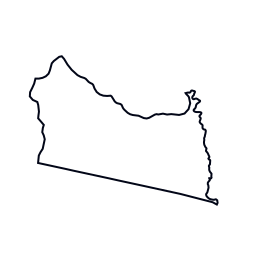 SVG path tracing the border of Kolda, rotated 12°
{"feature_id": "SEN-774", "entity_name": "Kolda", "entity_type": "Region", "adm_level": 1, "iso_a3": "SEN", "parent_name": "Senegal", "parent_adm1": "", "projection": "natural_earth1", "projection_center": [-14.005, 13.12], "detail": "fine", "context": "isolated", "style": "outline", "palette": "ink", "viewbox_px": 256, "rotation_deg": 12, "n_neighbors": 0, "source": "natural_earth", "source_scale": "10m", "svg_char_len": 3119}
<svg xmlns="http://www.w3.org/2000/svg" viewBox="0 0 256 256"><g transform="rotate(12 128 128)"><path d="M230.8,184.4L226.2,183.0L193.0,181.6L156.6,181.4L129.8,181.3L120.1,181.2L83.7,181.1L75.4,181.0L47.3,180.9L46.5,173.5L47.4,170.0L48.9,166.1L48.9,160.5L48.9,156.3L47.1,152.7L45.0,149.9L44.7,145.7L45.0,142.5L41.4,139.7L38.1,137.2L37.8,134.4L37.5,130.5L35.4,124.2L33.9,121.4L29.0,120.3L25.4,117.5L24.8,113.3L26.0,108.7L27.0,104.1L27.2,98.9L30.6,98.2L34.0,96.7L36.9,94.5L39.0,91.4L39.6,88.0L40.0,80.6L41.5,77.9L43.8,75.2L45.9,72.7L48.3,71.6L51.1,73.7L55.7,78.6L60.8,82.8L67.6,86.8L71.0,87.8L75.0,88.2L76.5,88.7L79.9,91.1L81.8,91.8L83.9,92.3L85.0,93.1L87.1,96.4L89.9,99.3L93.4,101.0L97.1,101.5L100.9,101.0L104.3,100.0L105.4,100.5L108.4,103.6L109.3,104.6L110.7,105.5L112.2,106.0L115.4,106.1L116.8,106.6L117.9,108.0L118.7,109.2L119.7,110.2L120.8,111.0L124.5,113.2L127.2,114.1L130.0,114.3L135.8,113.8L141.4,115.0L144.3,114.8L146.6,113.6L151.5,109.3L153.1,108.5L154.8,108.5L159.2,106.7L163.4,106.7L167.5,105.4L175.3,104.6L180.3,102.1L183.3,97.0L183.7,90.9L181.2,85.2L180.2,84.2L177.8,82.6L177.1,81.9L178.5,81.2L179.4,80.8L180.5,80.7L181.1,80.5L181.5,80.1L181.7,79.6L181.9,78.9L182.1,78.4L182.5,78.1L183.1,78.0L184.1,78.1L185.3,78.1L185.7,78.3L186.0,78.7L185.9,79.5L185.6,80.7L185.6,81.8L185.5,82.2L185.4,82.4L185.0,83.0L184.7,83.5L184.5,84.1L184.5,84.8L184.8,85.5L185.5,86.1L186.1,86.2L186.7,86.0L187.6,85.4L188.1,85.2L188.7,85.0L189.3,85.1L189.9,85.2L191.4,85.9L192.5,86.2L192.8,86.4L192.9,86.7L192.7,87.4L192.4,87.8L190.5,89.9L190.2,90.4L190.0,91.0L189.9,91.6L189.9,92.3L189.9,93.0L189.9,93.8L189.7,94.4L189.5,94.9L189.2,95.4L188.8,95.9L188.6,96.3L188.5,96.9L188.7,97.4L189.3,97.9L189.9,98.1L190.6,98.2L191.2,98.2L191.9,98.1L194.4,97.6L195.8,97.5L196.3,97.7L196.7,98.1L196.6,98.9L196.4,99.5L195.5,100.9L195.4,101.5L195.6,102.0L196.2,102.5L196.7,102.8L197.1,103.4L197.1,104.3L197.0,105.1L196.8,106.4L196.8,107.1L197.3,107.8L198.3,108.6L199.7,109.2L200.2,109.6L200.5,110.2L200.6,111.2L200.8,112.1L201.1,112.8L201.9,113.4L202.5,113.6L203.8,113.6L204.2,113.9L204.6,114.4L204.8,115.3L204.9,117.8L204.8,118.7L204.9,120.6L204.7,121.3L204.6,122.0L204.7,122.7L205.1,123.7L205.2,125.6L205.4,126.7L206.1,128.5L207.5,130.3L208.1,130.9L208.6,131.2L209.0,131.6L209.0,132.4L209.0,133.1L209.0,133.9L209.2,134.4L210.8,135.6L211.9,136.9L212.7,138.1L213.4,138.9L213.6,139.4L213.5,140.1L213.2,140.6L213.0,141.1L213.3,141.6L213.9,142.0L214.6,142.1L215.0,142.4L215.2,142.8L215.7,146.5L215.4,147.2L215.1,147.7L215.0,148.2L215.2,148.9L215.7,149.7L216.0,151.6L216.4,152.6L217.3,153.8L218.7,154.9L219.2,155.4L219.6,158.2L220.0,159.1L219.8,159.9L219.4,160.1L218.8,160.2L218.3,160.1L217.9,160.2L218.0,160.6L218.5,161.0L218.8,161.5L218.8,162.2L218.5,162.7L217.9,163.8L217.7,164.3L217.5,164.9L217.6,165.7L217.8,166.5L218.5,167.4L218.8,168.4L219.1,169.2L219.2,169.9L219.0,174.3L218.8,175.0L218.3,176.0L218.2,176.6L218.4,177.3L219.1,178.4L219.9,179.0L221.2,179.8L222.3,180.3L223.6,180.5L226.0,180.5L227.1,180.3L227.9,179.9L228.4,179.6L229.0,179.5L230.3,180.2L231.2,182.6L230.8,184.4L230.8,184.4Z" fill="none" stroke="#020617" stroke-width="2"/></g></svg>